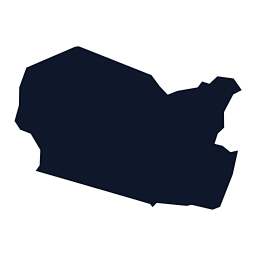 Tucker, West Virginia, United States of America (Mercator projection)
{"feature_id": "52423323B12346389629957", "entity_name": "Tucker", "entity_type": "district", "adm_level": 2, "iso_a3": "USA", "parent_name": "United States of America", "parent_adm1": "West Virginia", "projection": "mercator", "projection_center": [-79.514, 39.117], "detail": "fine", "context": "isolated", "style": "filled", "palette": "ink", "viewbox_px": 256, "rotation_deg": 0, "n_neighbors": 0, "source": "geoboundaries", "source_scale": "gbopen_adm2", "svg_char_len": 572}
<svg xmlns="http://www.w3.org/2000/svg" viewBox="0 0 256 256"><path d="M20.7,129.0L31.2,133.1L41.1,149.7L40.4,165.6L36.9,170.4L95.8,187.4L150.5,203.3L152.7,206.0L156.3,202.1L186.6,205.1L191.6,204.0L212.6,208.9L219.5,206.2L232.0,174.2L237.0,151.5L230.2,153.0L222.2,146.5L213.5,144.4L217.1,133.2L223.4,127.3L223.2,112.0L232.7,93.9L240.6,89.8L233.2,79.2L217.7,77.1L209.5,84.7L202.4,82.4L198.1,88.1L177.7,91.6L167.5,95.6L159.4,87.1L151.0,75.8L78.7,47.1L75.2,47.5L27.0,68.2L20.0,87.5L19.7,105.3L15.4,120.9L20.7,129.0Z" fill="#0f172a" stroke="#020617" stroke-width="1.5"/></svg>